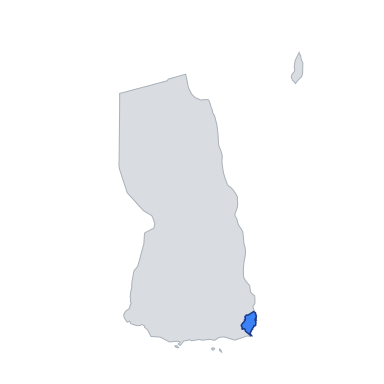 Al Madaribah Wa Al Aarah, Lahij, Yemen (highlighted), rotated 280°
{"feature_id": "15242507B42929104515356", "entity_name": "Al Madaribah Wa Al Aarah", "entity_type": "district", "adm_level": 2, "iso_a3": "YEM", "parent_name": "Yemen", "parent_adm1": "Lahij", "projection": "albers", "projection_center": [43.959, 12.857], "detail": "fine", "context": "in_parent", "style": "filled", "palette": "blue", "viewbox_px": 384, "rotation_deg": 280, "n_neighbors": 0, "source": "geoboundaries", "source_scale": "gbopen_adm2", "svg_char_len": 5219}
<svg xmlns="http://www.w3.org/2000/svg" viewBox="0 0 384 384"><g transform="rotate(280 192 192)"><path d="M306.9,165.3L294.1,170.4L290.8,172.7L287.7,175.4L285.5,178.7L284.1,184.5L285.5,189.7L285.5,192.5L282.2,194.5L279.1,195.9L275.6,198.1L273.5,198.6L271.9,200.3L269.9,201.5L262.7,204.7L254.8,207.2L242.3,210.3L237.5,213.4L233.1,215.5L226.4,216.3L217.2,219.3L212.1,221.7L205.7,225.5L204.4,226.7L203.3,229.4L201.4,231.8L197.6,235.7L194.7,237.7L192.8,237.9L189.0,239.0L184.6,239.3L177.1,238.1L175.2,239.1L173.6,240.6L167.9,243.3L162.1,248.7L157.8,250.1L150.9,251.9L146.1,254.1L142.8,255.0L138.6,255.5L130.9,255.4L123.5,256.2L116.7,257.8L113.5,260.6L109.8,265.1L103.9,266.9L102.4,268.5L100.6,271.8L96.7,272.7L93.2,273.3L89.6,271.8L82.9,275.8L80.3,276.5L76.4,276.6L73.7,277.5L71.7,277.2L69.2,275.7L64.0,273.8L60.1,275.0L59.8,271.3L53.5,259.8L54.8,249.8L54.8,248.4L53.6,244.0L49.8,239.9L50.0,234.7L48.7,231.0L47.7,227.2L48.1,226.2L48.1,225.3L46.2,219.5L45.6,218.3L45.4,217.1L46.0,216.1L46.0,215.0L45.0,213.3L43.9,209.8L38.8,207.1L39.9,204.7L40.9,205.5L42.2,206.3L42.5,204.7L42.5,203.5L40.4,195.9L43.6,185.8L42.6,176.7L47.4,173.1L48.6,172.0L49.3,171.0L50.5,168.9L52.0,168.3L52.6,166.1L52.5,165.0L51.6,164.1L50.8,161.5L51.1,158.3L51.3,157.0L51.8,154.5L53.5,153.6L53.9,152.9L52.6,151.3L52.8,150.4L55.6,147.8L56.7,147.0L58.6,146.2L60.0,146.2L61.7,146.7L63.2,147.4L64.6,148.8L66.1,150.3L68.5,150.8L70.1,150.7L71.4,151.4L72.5,151.0L73.7,150.2L75.7,150.3L77.5,149.4L82.6,149.0L87.5,149.2L92.6,148.5L97.7,148.5L102.9,148.5L104.0,148.6L105.2,149.1L109.5,151.4L112.8,151.8L119.5,152.4L126.6,153.0L132.7,153.6L137.9,153.0L142.2,152.5L143.4,152.6L144.7,154.0L147.4,157.5L149.9,160.8L154.2,160.9L156.9,159.6L159.9,157.8L161.8,156.4L163.8,151.0L165.2,147.4L168.3,143.4L170.9,140.0L174.4,135.6L176.3,133.1L180.0,128.3L183.7,126.4L190.7,122.6L197.5,119.0L202.0,116.6L205.8,115.4L212.3,114.4L219.8,113.2L227.3,111.9L235.4,110.6L244.3,109.1L250.5,108.1L258.3,106.8L264.8,105.7L270.6,104.7L276.5,103.6L277.7,106.3L278.9,108.9L280.1,111.5L281.3,114.1L282.6,116.8L283.8,119.4L285.0,122.0L286.2,124.6L287.4,127.2L288.6,129.9L289.8,132.5L291.1,135.1L292.3,137.7L293.5,140.4L294.7,143.0L296.0,145.6L297.2,148.2L299.0,149.0L300.2,151.4L301.9,154.9L303.5,158.3L305.2,161.8L306.9,165.3ZM328.4,271.8L330.0,272.1L332.4,271.0L339.4,270.7L348.0,273.3L346.4,274.1L345.5,275.2L341.8,276.4L338.2,278.8L327.5,280.4L324.4,279.8L321.7,277.7L316.8,275.0L318.6,273.1L319.0,272.3L319.7,271.4L322.3,269.9L325.1,270.0L328.4,271.8ZM42.0,240.9L41.7,241.5L41.2,241.3L39.6,239.9L41.4,238.3L42.3,239.8L42.0,240.9ZM37.1,205.2L36.3,205.8L36.0,204.8L36.6,202.5L37.4,201.8L38.0,203.5L37.6,204.5L37.1,205.2ZM41.2,248.0L39.4,248.9L40.6,246.7L41.8,246.3L42.2,246.4L41.2,248.0Z" fill="#d9dde1" stroke="#a8b0b8" stroke-width="1"/><path d="M60.9,275.4L61.0,275.3L61.0,275.5L61.1,275.4L61.4,275.1L61.6,274.8L61.8,274.6L62.0,274.4L62.2,274.2L62.4,274.0L62.7,273.8L62.9,273.7L63.0,273.7L63.2,273.8L63.4,273.8L63.5,273.9L63.5,274.0L63.5,273.9L63.5,274.0L63.5,273.9L63.7,274.0L63.8,274.0L64.0,274.2L63.9,274.1L64.0,274.1L64.3,274.1L64.5,274.3L64.8,274.3L65.1,274.3L65.3,274.3L65.5,274.4L65.5,274.5L65.8,274.6L66.0,274.6L66.3,274.7L66.5,274.8L66.9,274.9L67.0,275.0L67.3,275.2L67.5,275.2L67.5,275.3L67.8,275.2L68.0,275.2L68.3,275.3L68.6,275.5L68.9,275.6L69.0,275.7L69.2,275.8L69.3,275.9L69.5,276.0L69.8,276.1L70.0,276.1L70.3,276.2L70.5,276.2L70.5,276.3L70.8,276.4L71.0,276.4L71.0,276.5L71.3,276.8L71.3,277.0L71.3,277.3L71.3,277.5L71.6,277.7L71.8,277.7L71.9,277.8L72.0,277.8L72.3,277.8L72.5,277.8L72.8,277.8L73.0,277.7L73.3,277.6L73.5,277.6L73.8,277.6L74.0,277.6L74.3,277.6L74.6,277.5L74.8,277.6L75.0,277.4L75.3,277.3L75.4,277.2L75.5,277.2L75.8,277.1L76.0,277.1L76.1,276.9L76.2,277.0L76.2,276.9L76.3,276.9L76.5,276.7L76.8,276.5L76.9,276.4L77.0,276.4L77.3,276.3L77.4,276.2L77.5,276.2L77.8,276.3L78.0,276.4L78.3,276.4L78.3,276.5L78.5,276.6L78.5,276.8L78.5,277.0L78.4,277.1L78.2,277.2L77.9,277.2L77.7,277.1L77.4,277.0L77.2,276.8L77.0,276.7L76.9,276.7L76.8,276.8L77.0,276.9L77.2,277.0L77.4,277.1L77.7,277.1L77.8,277.2L78.1,277.2L78.3,277.2L78.5,277.2L78.4,277.2L78.5,277.2L78.9,276.9L79.0,276.9L79.3,276.8L79.5,276.8L79.8,276.9L80.0,277.0L80.3,277.0L80.3,276.9L80.6,276.8L80.8,276.9L81.0,276.9L81.2,276.7L81.3,276.7L81.5,276.6L81.8,276.5L81.8,276.4L82.0,276.3L82.2,276.2L82.5,276.0L82.7,275.9L82.8,275.9L83.0,275.8L83.1,275.7L83.4,275.7L83.7,275.6L84.0,275.5L84.9,273.3L83.7,272.1L82.5,270.8L81.0,269.1L80.7,268.8L80.3,267.9L80.3,267.7L80.5,267.4L80.4,267.1L78.8,265.9L78.6,265.8L78.3,265.9L78.1,266.0L77.8,266.2L77.5,266.0L77.3,266.0L77.1,266.1L76.7,266.5L76.4,266.5L76.0,266.7L75.9,266.7L75.7,266.7L75.5,266.4L75.3,266.2L75.2,266.1L75.1,265.9L74.9,265.9L74.7,266.0L74.5,266.3L74.4,266.2L74.2,266.1L73.9,266.0L73.5,265.9L72.9,265.6L72.1,265.2L71.8,264.6L71.6,264.6L71.1,264.4L70.7,264.3L70.3,264.2L70.0,263.8L69.3,263.7L68.9,264.0L68.6,263.9L68.3,264.1L68.2,264.3L68.0,264.5L67.8,264.6L67.5,264.8L67.4,264.8L67.1,265.1L66.9,265.1L66.7,265.1L66.6,264.9L66.1,265.0L65.7,265.2L65.7,265.3L65.7,266.0L65.9,266.1L66.2,266.2L66.4,266.6L66.5,266.9L66.5,267.3L66.0,267.7L65.9,268.3L64.3,268.7L64.2,268.8L60.8,274.8L61.1,275.0L60.9,275.4Z" fill="#3b82f6" stroke="#1e3a8a" stroke-width="1.5"/></g></svg>